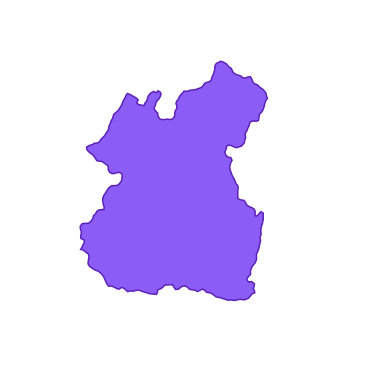 the district of Malacacheta, Minas Gerais, Brazil, rotated 310°
{"feature_id": "56859067B170953880519", "entity_name": "Malacacheta", "entity_type": "district", "adm_level": 2, "iso_a3": "BRA", "parent_name": "Brazil", "parent_adm1": "Minas Gerais", "projection": "orthographic", "projection_center": [-42.098, -17.856], "detail": "fine", "context": "isolated", "style": "filled", "palette": "violet", "viewbox_px": 384, "rotation_deg": 310, "n_neighbors": 0, "source": "geoboundaries", "source_scale": "gbopen_adm2", "svg_char_len": 4339}
<svg xmlns="http://www.w3.org/2000/svg" viewBox="0 0 384 384"><g transform="rotate(310 192 192)"><path d="M155.1,304.9L156.5,303.4L157.2,301.3L159.5,300.3L161.8,298.9L161.7,295.2L159.4,293.1L160.3,290.0L163.7,289.5L166.3,289.9L169.3,287.4L172.4,286.2L175.8,285.9L178.4,285.9L181.3,285.0L183.5,283.4L185.7,281.3L188.4,280.7L192.2,279.3L194.2,278.1L196.8,276.8L199.2,275.6L200.4,273.6L202.3,272.8L204.3,272.0L206.0,270.1L208.3,268.4L210.1,267.3L212.5,266.5L214.5,265.4L216.7,264.3L219.0,262.3L221.6,260.2L221.3,257.5L218.8,257.3L215.7,257.3L214.3,255.6L216.2,254.1L217.9,252.7L218.8,250.8L218.6,248.6L217.7,245.7L217.2,242.5L218.2,240.3L219.0,237.2L217.2,234.2L216.5,231.3L218.6,229.5L220.7,227.6L223.2,225.7L225.1,224.5L226.4,222.6L226.6,220.5L227.9,218.4L228.9,216.3L229.9,213.7L230.9,211.3L232.7,208.4L234.4,205.6L236.5,204.1L239.1,203.0L242.0,202.3L243.3,199.7L241.9,197.2L241.9,194.6L243.2,192.0L245.5,190.8L247.5,190.4L249.0,189.1L251.1,189.6L252.8,192.2L253.7,195.6L254.6,197.8L256.7,198.9L258.7,200.3L260.9,200.5L263.0,200.5L265.7,199.1L268.2,198.1L269.6,196.3L271.4,195.0L274.5,194.6L276.5,193.8L279.7,193.1L281.5,191.9L283.9,191.9L285.9,193.4L287.2,195.4L289.4,197.0L291.5,195.8L293.4,194.6L295.1,193.6L297.5,194.1L300.0,193.7L302.9,192.7L306.3,191.0L309.7,189.7L312.3,189.5L313.4,187.4L315.2,185.3L315.8,183.0L316.2,179.9L315.8,176.6L316.1,173.2L314.9,169.7L316.0,166.7L317.2,164.8L317.8,162.5L316.0,160.9L313.5,159.5L312.1,157.4L312.3,154.9L311.5,152.9L310.4,150.6L310.0,147.2L310.8,144.8L311.9,142.8L311.6,139.7L312.3,136.2L311.7,132.6L310.5,129.8L308.0,128.9L306.1,128.0L303.9,128.4L301.8,129.4L300.4,130.8L298.3,131.6L296.1,132.6L293.2,133.4L289.7,134.9L287.0,134.0L285.5,132.8L283.4,131.8L281.3,132.1L278.8,132.1L276.7,131.3L275.0,130.1L272.9,129.0L271.1,127.4L268.7,125.1L266.0,123.6L264.2,121.1L261.6,121.1L258.6,120.9L255.9,121.3L253.9,122.0L251.8,121.8L249.5,122.8L248.2,124.9L246.6,126.6L243.5,127.0L241.0,128.3L238.8,130.0L235.8,130.2L233.4,128.7L232.3,126.8L231.0,125.3L229.0,123.6L227.3,120.9L228.2,117.1L230.3,115.1L230.8,111.0L231.9,108.8L234.7,108.4L236.4,107.3L238.7,106.7L242.5,106.8L244.9,106.3L247.4,105.1L248.1,103.0L247.6,100.8L245.3,101.1L244.2,97.8L241.1,96.7L237.2,96.8L234.8,97.8L232.5,98.8L229.8,98.8L227.4,99.7L226.3,97.9L224.7,95.1L224.6,92.4L227.8,91.7L228.2,88.9L227.6,86.0L227.0,82.1L225.9,79.1L223.1,79.5L220.5,80.3L218.5,80.5L216.1,81.3L213.4,82.1L210.3,82.7L206.9,83.1L204.2,82.6L201.0,82.2L198.9,83.1L196.8,84.0L193.8,84.4L191.8,85.5L189.2,86.0L187.1,87.4L185.2,88.1L182.0,88.3L179.2,88.9L176.1,88.6L173.7,88.4L171.5,88.7L169.5,88.5L168.0,87.3L166.5,85.8L164.6,85.3L162.7,84.1L161.0,83.2L158.7,82.4L157.2,83.7L156.5,86.1L156.4,89.0L156.7,91.6L156.2,94.5L155.5,96.8L154.8,98.9L156.0,101.2L157.6,103.5L157.8,107.4L158.1,110.2L157.0,112.1L155.3,113.4L154.2,116.0L154.5,118.6L155.8,120.3L158.0,121.7L160.0,123.3L160.7,125.2L160.4,127.4L157.8,129.2L155.5,130.7L153.1,131.0L150.0,130.9L147.9,129.5L146.4,127.7L145.0,126.4L142.6,125.7L139.8,125.7L137.7,126.0L135.3,126.4L132.6,126.7L130.0,127.6L128.0,129.0L126.6,130.8L125.1,132.5L123.7,134.8L121.9,135.7L120.2,133.9L118.1,132.0L115.7,131.5L113.2,132.2L110.6,131.7L108.0,133.0L105.4,133.4L102.7,133.2L100.8,132.1L98.9,129.8L96.9,128.2L93.9,128.4L91.9,130.3L90.6,132.6L88.6,134.1L86.5,135.1L85.0,136.8L85.9,140.3L84.0,142.0L81.5,142.4L79.5,143.1L76.4,143.6L77.5,145.6L77.7,147.7L77.7,149.9L77.8,152.9L75.7,155.1L72.8,156.6L70.1,158.6L69.2,161.4L69.4,164.1L69.7,167.2L70.5,169.5L71.1,171.6L71.2,174.2L70.8,177.0L70.2,179.1L69.3,181.0L68.0,183.3L66.9,185.8L66.2,188.6L68.3,190.9L69.2,193.9L69.7,196.8L70.8,198.7L73.4,199.2L74.5,201.5L74.4,204.1L74.3,206.7L76.6,208.4L78.1,210.6L80.3,212.2L82.5,214.0L83.5,216.7L84.6,219.8L85.9,222.4L86.8,225.0L88.2,226.8L89.4,228.8L90.7,230.6L93.1,230.0L94.7,228.6L97.0,229.8L100.0,230.9L102.9,230.8L104.8,232.7L106.8,234.8L108.4,236.9L107.4,239.5L106.8,242.1L109.0,244.2L111.8,244.6L114.0,245.5L115.7,247.3L116.1,249.7L115.9,252.6L117.2,255.2L118.7,257.2L119.3,260.2L122.4,261.5L124.4,262.5L124.8,265.0L124.5,267.7L125.9,269.7L126.9,272.3L127.1,275.4L127.1,277.6L128.2,279.8L129.2,281.5L130.0,283.7L131.1,286.1L132.0,288.9L134.4,291.2L135.6,293.4L136.9,295.0L139.2,296.4L141.4,298.8L142.9,301.3L144.8,302.5L147.1,303.6L149.9,303.5L152.6,303.6L155.1,304.9Z" fill="#8b5cf6" stroke="#5b21b6" stroke-width="1.5"/></g></svg>